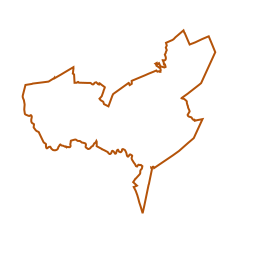 the district of Dudestii Noi, Timis, Romania, rotated 80°
{"feature_id": "2599482B49333964022937", "entity_name": "Dudestii Noi", "entity_type": "district", "adm_level": 2, "iso_a3": "ROU", "parent_name": "Romania", "parent_adm1": "Timis", "projection": "natural_earth1", "projection_center": [21.105, 45.83], "detail": "fine", "context": "isolated", "style": "outline", "palette": "amber", "viewbox_px": 256, "rotation_deg": 80, "n_neighbors": 0, "source": "geoboundaries", "source_scale": "gbopen_adm2", "svg_char_len": 5712}
<svg xmlns="http://www.w3.org/2000/svg" viewBox="0 0 256 256"><g transform="rotate(80 128 128)"><path d="M134.6,194.4L135.5,193.2L135.9,192.3L136.0,192.2L135.6,192.1L135.9,191.6L136.3,190.7L136.5,189.7L136.7,189.4L136.7,189.0L136.7,188.6L136.5,188.2L136.2,187.9L135.9,187.8L135.6,187.7L135.2,187.6L134.2,187.7L133.3,187.4L132.1,186.9L131.2,186.7L130.7,186.5L130.6,186.4L130.5,186.1L130.5,185.7L130.2,182.7L130.3,181.6L130.6,181.1L131.8,180.0L131.9,179.9L132.1,179.1L132.3,178.6L132.4,178.1L132.4,177.8L132.6,177.5L132.7,177.4L133.1,177.0L133.9,176.3L134.4,175.8L134.6,175.0L135.4,173.3L135.8,172.7L136.0,172.5L137.3,172.3L139.0,173.0L139.5,173.0L139.9,172.8L141.0,171.7L141.4,171.4L141.7,171.0L141.8,170.7L141.8,170.3L141.7,169.7L141.5,169.1L141.4,168.8L140.1,167.3L139.7,166.3L139.7,165.9L139.5,165.7L138.9,165.2L137.3,163.9L136.8,162.7L136.4,162.3L135.9,161.8L135.3,161.4L136.0,161.2L140.5,162.0L144.2,157.3L144.4,157.3L144.9,156.5L145.8,155.2L148.2,152.1L148.6,152.0L149.5,151.5L150.1,151.0L150.4,150.7L150.5,150.3L150.5,150.0L150.3,149.6L150.0,149.1L149.6,148.8L147.9,147.7L147.8,147.2L148.1,146.7L148.5,146.4L148.9,146.1L150.3,145.5L151.0,145.2L151.1,144.9L151.1,144.7L151.0,144.4L150.7,144.1L149.0,143.3L148.5,142.9L148.0,142.5L147.7,142.1L147.7,141.9L147.7,141.6L147.9,141.5L149.4,141.1L149.7,140.9L150.0,140.5L150.3,140.1L150.5,139.7L150.5,139.3L150.3,138.8L150.0,138.5L149.8,138.2L148.3,137.6L148.1,137.4L147.9,137.2L147.9,136.6L148.9,135.2L149.2,134.9L149.6,134.7L151.7,134.1L152.8,133.9L153.9,133.9L155.0,133.8L155.7,133.5L155.9,133.4L156.2,133.0L156.2,132.8L155.9,132.4L155.6,132.0L154.7,131.3L154.5,131.0L154.4,130.6L154.5,130.2L155.8,128.8L156.1,128.7L156.4,128.8L157.8,129.5L158.3,129.7L158.6,129.7L159.1,129.7L160.7,129.3L161.2,129.0L163.1,128.3L165.0,127.3L166.6,126.9L166.9,126.8L167.2,126.4L167.5,125.8L167.4,125.7L166.3,124.5L166.1,124.2L166.0,123.9L166.1,123.6L166.4,123.2L166.5,123.0L166.6,122.6L166.6,122.0L166.6,121.8L166.8,121.6L168.1,120.5L168.5,120.8L169.3,120.9L169.8,121.1L170.3,121.4L170.8,121.8L171.2,122.5L172.1,123.2L172.6,123.4L174.1,123.7L174.6,123.8L175.5,124.4L175.9,124.9L179.3,129.3L179.3,129.6L180.0,130.2L182.2,132.3L186.3,129.2L186.7,130.7L187.0,131.9L187.1,132.6L191.3,131.3L195.8,130.5L199.5,130.1L203.3,129.8L207.4,129.2L214.5,128.4L207.5,125.5L187.6,117.6L186.8,117.1L185.4,116.6L173.3,111.8L172.4,111.5L172.2,111.5L171.6,112.0L171.4,112.0L171.5,111.9L170.6,110.5L170.5,110.3L170.5,109.9L170.6,109.7L170.8,109.5L172.0,109.3L162.8,88.7L159.5,81.8L152.9,71.0L149.4,65.0L132.2,53.1L132.3,58.7L132.5,61.1L132.3,61.2L131.7,60.8L131.3,61.2L131.3,61.4L131.3,61.8L131.3,62.1L131.2,62.2L130.9,62.6L130.2,63.0L129.0,63.5L128.6,63.7L128.2,64.3L128.1,64.6L127.6,65.5L127.5,65.8L127.2,66.2L126.8,66.6L126.4,66.8L125.8,67.0L125.2,66.9L124.6,66.3L124.1,65.8L123.4,65.4L123.0,65.0L122.7,64.6L122.2,64.4L120.6,64.7L119.2,65.1L118.0,65.3L116.7,65.2L116.4,65.4L113.7,65.7L112.1,65.5L111.5,65.7L110.4,66.6L110.0,66.9L109.4,67.4L109.1,67.7L108.6,69.0L108.0,70.1L107.8,70.0L104.8,63.7L97.6,50.1L96.5,48.2L68.5,28.9L61.1,30.5L51.7,32.6L53.3,39.5L55.3,46.8L55.8,49.2L56.1,50.9L56.5,52.8L44.1,55.7L44.0,55.9L43.9,56.0L41.5,56.4L43.4,59.6L46.8,65.4L48.5,67.7L49.1,69.2L50.7,75.8L53.5,75.5L55.4,76.8L58.0,76.3L59.3,77.2L59.8,77.5L60.5,77.8L60.8,77.9L62.1,79.0L63.0,78.8L64.8,78.5L65.9,78.6L66.7,78.9L67.2,79.2L67.5,79.6L67.8,80.4L67.8,80.5L67.3,82.0L67.6,82.0L67.7,81.9L67.9,81.8L70.9,81.3L71.1,81.6L71.8,81.5L71.9,80.6L73.7,80.4L74.4,80.4L74.7,81.6L72.9,85.3L69.5,86.2L69.9,87.2L70.3,87.4L70.3,87.7L70.2,88.0L69.0,88.4L68.9,88.4L69.4,89.8L69.5,89.7L70.5,89.3L71.7,89.1L72.7,87.9L73.7,87.0L74.5,86.2L74.2,86.0L74.3,85.9L76.7,85.7L77.0,86.0L77.4,86.1L77.5,86.3L78.3,86.3L78.3,86.7L77.7,86.8L77.6,87.2L77.5,87.7L77.6,88.7L77.7,89.0L77.5,89.4L77.1,89.6L76.3,90.1L77.0,93.1L78.1,98.3L79.0,101.9L82.2,116.2L85.1,116.6L86.1,118.9L85.9,119.0L83.8,119.4L83.7,119.5L91.9,136.6L93.3,137.7L103.3,143.5L100.3,147.5L98.0,147.8L97.6,148.1L95.9,150.1L94.2,151.0L92.2,148.4L88.0,146.0L86.9,145.5L84.6,144.1L84.1,143.8L83.7,143.8L80.9,146.5L78.9,148.3L78.9,148.5L79.0,148.6L79.9,148.9L80.1,149.0L79.6,149.9L77.5,151.3L77.5,151.5L77.5,152.1L77.6,152.7L77.8,153.2L78.0,153.4L78.5,153.8L78.8,154.2L79.0,154.6L79.0,155.0L78.6,155.8L77.4,156.8L77.1,157.2L76.7,159.5L74.9,168.2L74.8,168.5L74.7,168.7L74.0,169.0L73.9,169.2L73.9,169.3L74.2,169.8L74.5,170.6L74.2,172.8L65.9,171.8L64.8,172.9L63.2,172.3L62.5,172.2L60.1,171.4L58.6,171.2L62.8,182.3L63.7,184.6L66.3,191.8L65.9,191.8L66.0,191.9L68.5,198.2L68.2,204.7L67.7,214.1L67.8,214.5L67.9,215.0L67.8,221.5L77.1,225.7L78.1,226.1L78.4,226.2L79.5,226.3L80.8,226.1L82.6,225.7L86.6,225.7L87.3,225.8L90.3,226.6L92.0,227.0L96.0,227.1L96.4,227.0L96.8,226.7L97.2,226.2L98.7,223.9L98.9,223.4L99.0,223.0L99.0,222.6L98.5,221.9L98.5,221.5L98.5,221.4L98.7,221.2L99.1,221.0L99.6,220.8L100.2,220.8L100.9,221.0L102.4,221.6L102.9,221.8L103.5,221.9L104.5,222.1L105.4,222.0L105.8,221.9L106.4,221.6L107.0,221.0L107.7,220.1L107.9,220.0L108.4,220.0L110.6,220.7L111.1,220.8L111.3,220.7L114.1,219.3L114.7,218.9L115.6,217.9L116.3,216.8L116.6,216.6L117.0,216.4L117.4,216.4L124.9,214.3L127.0,213.7L127.5,213.5L128.0,213.1L128.3,212.8L129.0,212.0L129.3,211.8L129.6,211.6L130.0,211.6L131.1,211.9L132.4,212.0L133.3,211.9L133.7,211.7L133.9,211.5L133.9,211.3L133.9,211.1L133.8,210.7L133.3,210.1L132.9,209.1L132.9,208.5L132.9,207.9L133.0,207.8L133.4,207.6L134.6,207.2L135.1,207.0L136.2,206.1L136.7,205.6L136.8,205.3L137.1,204.6L137.2,203.9L137.3,203.5L137.2,202.4L136.9,201.6L136.7,201.2L136.1,200.6L134.7,199.9L134.0,199.1L133.1,198.4L132.8,198.1L132.5,197.6L132.5,197.4L133.3,196.9L133.7,196.4L133.9,195.9L134.2,195.0L134.3,194.8L134.6,194.4Z" fill="none" stroke="#b45309" stroke-width="2"/></g></svg>